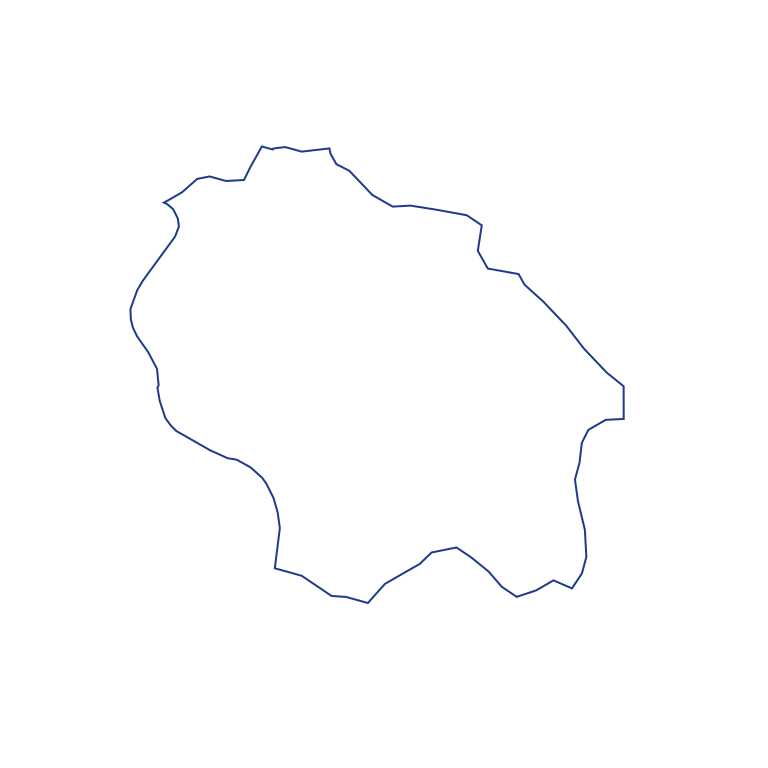 the district of Popdong, Kangwŏn-do, North Korea, rotated 330°
{"feature_id": "82179303B73748645094132", "entity_name": "Popdong", "entity_type": "district", "adm_level": 2, "iso_a3": "PRK", "parent_name": "North Korea", "parent_adm1": "Kangwŏn-do", "projection": "robinson", "projection_center": [127.124, 38.996], "detail": "fine", "context": "isolated", "style": "outline", "palette": "blue", "viewbox_px": 768, "rotation_deg": 330, "n_neighbors": 0, "source": "geoboundaries", "source_scale": "gbopen_adm2", "svg_char_len": 1294}
<svg xmlns="http://www.w3.org/2000/svg" viewBox="0 0 768 768"><g transform="rotate(330 384 384)"><path d="M555.5,356.1L531.6,335.9L531.8,315.6L548.0,295.5L540.1,279.3L516.2,259.0L496.2,242.8L480.2,234.7L468.4,214.4L464.5,198.2L460.6,182.1L452.7,169.9L452.8,157.8L454.5,152.7L428.9,141.6L416.9,129.4L405.9,124.7L404.9,125.3L397.0,117.2L376.8,129.3L364.7,137.3L348.7,129.2L336.8,117.1L324.8,113.0L304.7,117.0L292.7,117.0L284.1,116.9L286.1,119.6L288.8,127.2L288.2,137.6L285.1,145.1L276.9,151.8L226.9,173.9L217.3,179.3L201.9,192.3L197.1,201.4L194.7,209.8L194.0,219.4L195.7,238.2L195.0,257.3L188.2,272.4L185.9,274.0L181.3,286.6L177.6,304.1L178.6,313.3L180.6,320.8L200.1,354.2L211.4,370.0L218.6,375.9L226.8,389.6L231.6,404.3L232.3,411.8L231.3,427.6L227.8,441.8L221.7,456.8L197.3,489.0L200.9,492.7L208.9,500.8L216.8,508.9L224.7,525.1L232.6,541.3L244.6,549.4L260.5,565.6L284.7,557.6L300.8,557.6L308.8,557.6L324.9,557.7L341.0,553.7L365.0,561.8L372.9,578.0L380.7,598.3L384.6,618.5L392.5,634.7L412.5,638.8L432.6,638.8L444.6,655.0L460.7,647.0L463.4,644.3L472.8,634.9L485.1,610.6L493.4,582.4L501.6,562.2L513.8,550.1L525.9,533.9L538.0,525.9L558.1,525.9L574.1,534.1L590.4,505.8L582.6,485.6L574.8,453.2L571.0,424.9L563.2,392.5L555.4,368.3L555.5,356.1Z" fill="none" stroke="#1e3a8a" stroke-width="2"/></g></svg>